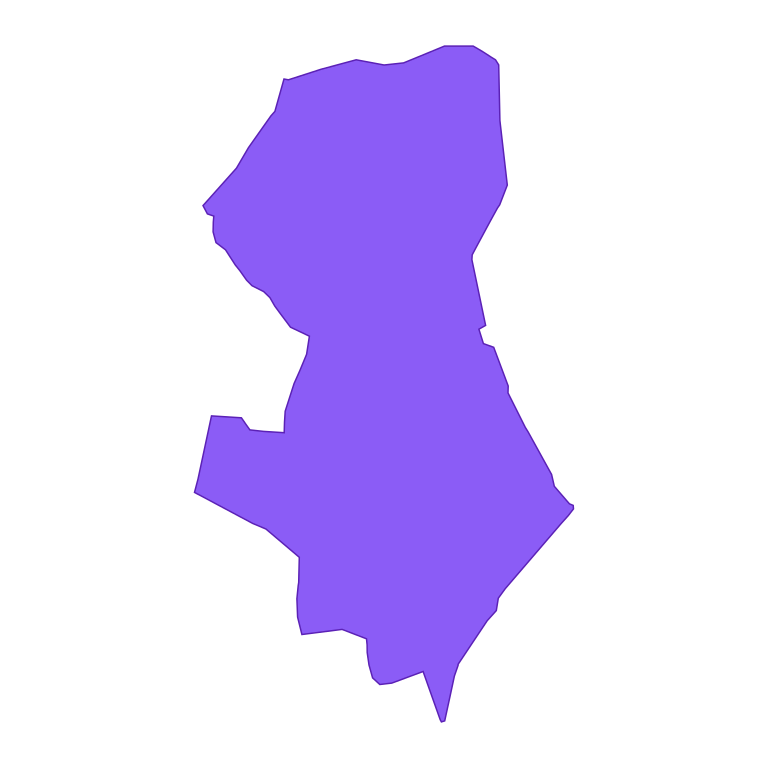 Awgu, Enugu, Nigeria, rotated 180°
{"feature_id": "59680162B11400589438827", "entity_name": "Awgu", "entity_type": "district", "adm_level": 2, "iso_a3": "NGA", "parent_name": "Nigeria", "parent_adm1": "Enugu", "projection": "robinson", "projection_center": [7.469, 6.159], "detail": "fine", "context": "isolated", "style": "filled", "palette": "violet", "viewbox_px": 768, "rotation_deg": 180, "n_neighbors": 0, "source": "geoboundaries", "source_scale": "gbopen_adm2", "svg_char_len": 1458}
<svg xmlns="http://www.w3.org/2000/svg" viewBox="0 0 768 768"><g transform="rotate(180 384 384)"><path d="M534.5,254.8L515.4,244.6L502.1,239.0L468.7,210.7L469.3,185.5L469.8,182.4L471.1,169.3L470.4,150.9L466.1,133.5L425.9,138.6L401.5,129.2L400.9,123.1L400.8,115.5L399.0,103.0L395.4,90.1L388.2,83.5L376.2,84.9L344.9,96.5L327.8,48.3L326.6,46.1L323.3,47.1L318.2,70.6L313.6,92.0L309.9,102.7L309.9,103.7L280.8,147.3L271.7,157.4L269.7,169.8L262.7,179.4L206.8,244.5L200.7,251.3L199.8,252.3L194.5,259.1L194.8,262.6L198.6,264.2L213.7,281.7L216.4,293.5L239.9,336.1L242.7,340.6L260.0,375.1L259.8,382.0L274.3,420.7L284.6,424.4L289.1,438.8L282.4,442.6L296.1,508.3L295.8,513.2L292.2,520.0L277.6,547.1L270.5,560.0L268.3,563.2L260.7,582.9L268.1,647.5L269.3,703.1L272.5,708.2L276.9,710.9L284.6,715.9L291.3,719.9L294.8,721.9L323.6,721.9L324.3,721.6L355.1,708.9L360.5,706.7L364.4,705.1L383.9,703.0L411.8,708.2L447.1,698.7L479.6,688.2L484.0,689.0L493.1,656.6L497.1,652.1L519.5,620.4L531.5,599.9L565.0,562.4L560.6,554.1L554.2,551.9L554.7,545.9L554.9,536.1L552.0,525.4L542.5,518.2L532.7,503.0L528.2,497.4L521.4,487.8L516.0,482.3L504.3,476.4L501.3,473.5L498.1,470.4L493.2,461.9L487.4,454.0L477.5,440.8L458.6,431.8L461.4,413.7L468.2,397.3L473.9,384.5L482.8,356.8L483.5,345.8L483.8,335.3L504.4,336.6L518.1,338.1L522.6,344.4L523.4,345.6L526.6,350.2L556.5,352.1L570.0,288.9L573.5,275.6L570.0,273.7L569.9,273.7L534.5,254.8Z" fill="#8b5cf6" stroke="#5b21b6" stroke-width="1.5"/></g></svg>